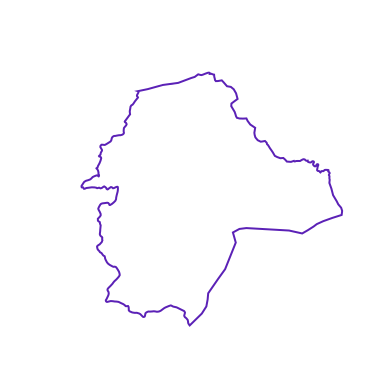 the district of Xiengkhor, Houaphan, Laos, rotated 240°
{"feature_id": "54806243B48324758526346", "entity_name": "Xiengkhor", "entity_type": "district", "adm_level": 2, "iso_a3": "LAO", "parent_name": "Laos", "parent_adm1": "Houaphan", "projection": "equal_earth", "projection_center": [104.199, 20.825], "detail": "fine", "context": "isolated", "style": "outline", "palette": "violet", "viewbox_px": 384, "rotation_deg": 240, "n_neighbors": 0, "source": "geoboundaries", "source_scale": "gbopen_adm2", "svg_char_len": 6022}
<svg xmlns="http://www.w3.org/2000/svg" viewBox="0 0 384 384"><g transform="rotate(240 192 192)"><path d="M97.3,310.1L99.1,311.5L100.6,312.6L103.8,313.3L108.2,312.5L111.5,312.7L118.7,312.6L125.2,314.4L131.2,315.5L131.9,316.1L132.5,316.4L133.2,317.0L133.8,317.4L134.6,317.6L135.3,317.9L136.7,318.8L137.1,319.0L137.7,319.0L138.2,319.0L138.5,319.2L138.8,319.6L139.1,320.1L139.4,320.6L140.1,320.8L140.6,320.7L141.2,320.4L141.5,320.3L141.8,320.3L142.6,321.1L142.9,321.0L143.2,320.7L144.5,318.5L144.7,318.0L144.7,317.6L144.5,316.9L144.4,316.4L144.5,315.9L144.9,315.4L145.2,314.9L145.2,314.4L145.1,314.0L144.8,313.3L144.7,313.0L145.1,312.8L145.6,312.8L146.1,312.8L146.5,312.5L147.4,311.5L148.0,311.3L148.5,311.3L151.0,313.4L151.5,314.0L151.9,314.5L152.3,314.9L152.7,315.0L153.1,314.9L153.4,314.5L153.5,314.2L153.4,313.8L153.3,313.4L152.9,312.9L152.6,312.4L152.6,312.0L152.6,311.6L152.7,311.3L153.0,311.1L153.8,310.7L154.6,310.6L155.2,310.6L155.7,310.9L156.0,311.2L156.6,312.3L157.0,312.6L157.6,312.6L157.9,312.4L158.3,311.9L158.4,311.4L158.4,311.1L158.2,310.4L158.2,309.9L158.3,309.5L158.4,309.2L158.8,308.7L159.3,308.2L159.8,307.7L160.1,307.6L160.7,307.6L161.3,307.9L161.4,307.7L161.7,306.9L161.9,306.6L163.0,306.1L163.6,306.0L164.1,305.6L164.5,305.2L164.7,304.7L164.8,304.3L164.9,302.7L164.8,301.3L165.1,300.6L165.3,300.2L166.0,299.2L166.2,298.6L166.6,298.0L166.8,297.5L166.9,296.9L167.0,296.5L167.3,296.0L167.7,295.8L168.0,295.8L168.6,292.8L170.9,289.4L173.7,288.8L175.8,288.1L177.1,285.4L179.6,283.3L181.9,281.8L185.9,281.8L188.7,281.6L190.8,281.4L194.6,281.3L195.8,280.9L197.4,281.3L199.7,280.7L200.5,278.4L201.2,276.7L204.0,274.8L206.3,274.4L207.6,274.2L210.1,274.8L212.1,275.6L216.0,278.8L221.3,276.2L225.8,275.7L228.5,275.9L230.1,272.8L231.9,269.9L233.8,268.0L235.5,268.0L238.0,268.6L240.1,269.0L246.7,268.9L248.9,270.4L249.4,274.3L249.8,278.0L255.4,279.5L260.1,279.5L263.6,278.2L266.1,275.2L271.3,274.2L273.8,273.6L275.1,270.0L276.1,268.1L277.4,267.9L279.1,268.5L280.4,268.8L282.6,269.8L283.2,269.1L283.6,268.7L284.3,268.2L284.6,268.0L285.3,266.6L285.6,267.0L286.3,266.8L286.8,266.5L287.1,265.9L287.4,265.0L287.6,263.9L287.8,262.8L288.0,261.5L288.1,260.6L288.3,259.6L288.5,258.7L289.0,258.0L289.7,257.3L290.8,256.2L290.3,251.9L291.1,248.4L293.4,234.6L299.3,220.2L303.2,205.2L305.5,198.2L306.4,195.5L305.8,196.0L305.0,195.4L304.2,194.1L303.3,192.7L302.5,192.3L301.6,192.5L300.9,192.5L300.7,192.2L300.2,190.8L299.1,188.0L297.9,185.6L297.4,184.4L297.3,182.6L296.6,181.4L295.2,180.3L293.1,178.5L291.7,177.8L290.2,177.2L289.8,176.1L288.5,173.2L287.2,170.2L287.0,169.6L286.5,168.9L286.0,168.9L285.0,169.4L283.9,169.4L283.3,169.2L282.6,168.2L282.0,166.4L281.4,165.0L280.2,164.1L279.0,163.3L278.1,162.9L277.2,162.6L276.7,161.9L276.5,161.1L276.5,160.2L276.9,158.6L277.8,156.9L278.5,154.9L278.9,153.6L279.5,152.5L279.5,151.7L279.5,150.9L279.2,150.2L278.7,149.4L277.9,148.7L277.0,147.8L276.5,146.7L276.4,145.1L276.3,142.3L276.3,140.4L276.6,139.6L277.6,138.3L278.2,137.2L277.7,135.8L276.8,135.1L273.8,135.1L273.2,135.0L272.6,134.4L272.0,133.3L271.4,132.5L270.9,132.0L270.4,131.7L270.0,131.1L269.9,130.2L269.6,129.4L269.2,129.4L268.4,130.1L267.5,130.5L266.7,130.3L264.9,128.5L263.1,126.2L261.4,123.4L260.5,122.5L260.3,122.2L260.3,121.8L260.4,121.5L260.3,121.1L259.9,121.1L258.9,121.4L257.3,121.3L255.5,120.7L254.4,120.0L253.5,120.0L252.9,119.8L252.3,119.3L252.2,119.0L252.5,118.8L253.5,118.5L254.1,117.6L254.5,115.1L254.6,113.4L254.0,111.4L253.8,110.1L254.2,107.8L254.7,105.9L254.7,103.9L254.2,102.7L253.3,101.0L252.6,99.5L251.7,98.9L251.1,98.9L250.4,100.0L248.9,100.0L248.7,100.1L248.4,101.0L248.3,102.4L247.3,104.8L246.2,107.5L244.7,109.9L243.5,111.3L242.8,111.7L242.6,112.1L242.2,113.7L240.9,114.6L240.7,115.3L240.6,116.4L240.8,117.8L240.8,118.4L240.7,118.8L239.5,119.4L238.1,119.8L237.5,119.6L236.9,119.8L236.5,120.1L236.4,120.7L236.6,121.7L236.8,123.7L236.8,124.3L236.2,124.9L235.3,125.3L234.7,125.5L234.4,126.5L234.3,128.0L234.2,129.0L233.9,129.9L233.5,130.2L232.6,129.9L230.8,128.8L229.4,127.7L226.9,125.2L224.9,123.4L223.8,122.7L222.7,121.2L222.1,119.0L221.7,116.6L221.7,114.5L222.0,114.1L222.9,114.2L224.3,114.0L225.1,113.2L226.1,110.7L227.0,108.6L227.2,107.3L226.9,106.2L226.2,105.0L225.2,103.4L224.3,102.4L223.0,102.2L221.1,102.2L218.6,101.9L217.4,101.2L216.8,100.1L215.9,97.1L214.8,96.5L214.2,96.2L213.4,96.4L212.0,97.1L210.6,96.5L209.5,96.3L208.9,96.3L207.2,95.1L205.4,93.8L204.0,92.9L201.6,91.1L200.2,90.8L199.0,91.1L198.1,91.5L197.1,91.4L196.2,90.6L195.0,90.3L193.7,88.7L193.2,87.0L192.8,85.9L192.8,84.4L192.6,83.1L192.1,82.4L191.2,82.1L190.0,81.7L188.4,81.8L187.1,82.2L185.9,82.2L184.4,83.1L182.2,83.3L181.2,83.5L180.1,84.2L179.1,84.0L177.8,83.5L176.4,83.3L173.6,83.2L171.9,83.5L170.0,84.3L167.2,86.0L166.4,86.7L166.0,87.7L165.2,88.5L163.8,88.8L161.4,88.9L159.4,88.9L157.7,88.5L156.2,87.9L155.4,86.6L154.7,84.7L154.1,82.8L153.5,80.1L152.9,78.5L152.3,77.3L151.4,74.4L150.7,71.7L150.2,70.5L149.7,70.0L149.0,69.7L147.0,69.7L145.5,69.0L144.4,67.9L142.9,65.8L141.9,64.3L141.4,63.3L140.9,63.0L140.2,62.9L139.3,63.4L139.0,64.3L138.2,67.1L136.9,69.0L135.9,70.2L134.8,71.9L133.5,73.5L131.1,75.1L129.3,76.4L127.6,77.2L126.5,77.4L126.1,77.7L125.7,78.6L125.2,79.6L124.1,79.6L122.8,79.0L121.1,78.1L119.9,78.3L117.7,79.9L117.0,80.7L115.9,82.1L115.0,83.8L113.3,85.4L112.0,86.2L109.9,86.7L108.3,87.2L107.9,87.7L107.8,88.2L107.8,88.7L108.3,89.4L110.2,91.0L110.5,92.1L110.5,93.4L110.3,94.5L109.5,95.7L108.6,97.5L107.8,99.3L107.0,100.4L106.3,101.2L105.8,101.8L105.3,102.9L105.0,103.8L104.8,105.4L105.3,109.6L105.3,111.3L104.8,115.1L104.4,116.9L104.1,117.2L102.2,118.4L99.8,121.0L93.5,125.2L92.9,125.6L92.6,125.7L91.7,125.7L91.0,125.6L89.8,124.4L88.9,123.5L88.3,123.3L87.2,123.3L85.7,123.9L84.6,124.1L83.5,124.3L82.0,123.9L80.5,123.2L79.0,123.1L77.6,123.3L81.8,139.7L85.7,147.2L91.1,151.8L96.2,155.4L103.7,171.2L108.6,182.1L126.3,204.6L132.1,206.1L136.5,207.2L136.3,214.6L133.6,221.0L110.1,256.8L101.0,266.7L101.0,273.1L101.3,280.1L101.8,284.0L101.1,291.1L99.4,300.5L97.3,310.1Z" fill="none" stroke="#5b21b6" stroke-width="2"/></g></svg>